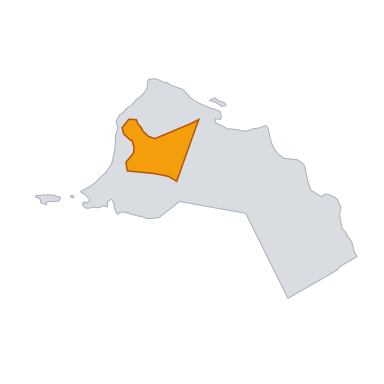 where Ad Dakhliyah sits in Oman, rotated 263°
{"feature_id": "OMN-2404", "entity_name": "Ad Dakhliyah", "entity_type": "Region", "adm_level": 1, "iso_a3": "OMN", "parent_name": "Oman", "parent_adm1": "", "projection": "mercator", "projection_center": [57.794, 22.3], "detail": "fine", "context": "in_parent", "style": "filled", "palette": "amber", "viewbox_px": 384, "rotation_deg": 263, "n_neighbors": 0, "source": "natural_earth", "source_scale": "10m", "svg_char_len": 3357}
<svg xmlns="http://www.w3.org/2000/svg" viewBox="0 0 384 384"><g transform="rotate(263 192 192)"><path d="M107.8,347.8L106.0,343.7L104.2,339.6L102.4,335.5L100.6,331.4L99.3,328.5L97.2,327.5L95.9,324.5L94.6,321.3L93.3,318.2L92.0,315.1L90.6,312.0L89.3,308.8L88.0,305.7L86.7,302.6L85.4,299.4L84.0,296.3L82.7,293.2L81.4,290.0L80.1,286.9L78.8,283.7L77.4,280.6L76.1,277.4L74.8,274.3L79.0,272.8L84.1,271.0L89.3,269.2L94.4,267.4L99.5,265.6L104.7,263.7L109.8,261.9L114.9,260.1L120.0,258.3L125.2,256.5L130.3,254.7L135.4,252.9L140.6,251.0L145.7,249.2L150.8,247.4L156.0,245.6L161.1,243.8L164.3,242.7L165.6,238.4L166.7,234.9L167.8,231.4L168.9,227.9L169.9,224.3L171.0,220.8L172.1,217.3L173.2,213.7L174.3,210.2L175.4,206.7L176.5,203.1L177.6,199.6L178.7,196.0L179.8,192.5L180.9,188.9L182.0,185.4L183.0,181.8L184.1,178.6L182.2,175.4L179.6,171.2L177.0,166.8L174.5,162.6L172.7,159.6L170.5,155.9L170.7,151.2L170.7,148.8L170.9,145.2L173.0,140.2L175.5,133.8L177.3,129.5L178.8,125.8L180.1,122.8L180.8,119.7L180.4,117.6L179.6,116.8L178.9,115.7L181.3,114.1L185.7,113.0L188.2,113.3L191.6,112.5L194.3,111.8L194.5,110.8L193.8,109.2L192.6,106.8L188.8,106.5L187.6,105.9L189.0,102.4L188.9,101.3L188.4,100.0L187.8,97.8L188.1,94.9L188.9,93.0L188.9,91.4L188.5,88.2L188.7,85.4L189.5,84.0L190.9,82.6L192.2,82.0L193.7,82.0L194.8,82.6L195.3,84.1L194.9,85.1L194.2,85.3L193.9,85.7L195.0,87.7L196.7,89.6L197.9,89.3L199.4,87.8L200.9,86.5L202.7,85.4L204.1,83.3L205.3,81.9L206.3,81.7L209.4,90.4L213.9,98.4L217.8,102.9L222.0,108.9L228.3,114.5L231.1,116.3L242.8,120.2L249.2,121.7L258.0,123.1L264.1,126.1L266.1,126.3L269.3,125.4L271.6,125.4L277.5,129.6L279.2,133.4L281.6,135.5L283.7,138.7L285.1,142.1L290.0,147.3L293.5,153.0L297.0,157.3L300.2,160.0L305.0,161.0L308.8,162.2L309.2,165.1L308.8,168.8L308.1,171.5L304.5,176.9L303.7,180.2L299.7,185.6L295.3,194.7L293.3,196.8L286.3,201.4L281.1,207.1L275.0,216.8L270.3,226.5L268.5,229.6L264.8,230.2L262.3,230.0L260.6,229.0L261.3,226.4L261.7,223.5L259.5,223.8L257.5,224.4L252.8,231.6L250.3,234.8L249.7,238.8L248.5,244.0L246.7,248.7L245.9,252.7L245.9,255.0L247.3,260.5L247.4,266.2L248.2,269.6L248.8,273.6L246.6,274.9L244.7,275.5L237.3,275.9L229.8,277.2L223.3,279.6L219.4,281.9L214.3,287.2L211.2,300.4L206.2,306.0L202.8,307.2L194.7,307.6L183.2,309.2L179.2,310.5L172.5,318.6L172.0,321.1L173.3,322.9L173.7,325.0L173.1,326.9L170.1,332.0L166.8,335.7L158.1,338.0L154.9,336.6L152.0,335.9L146.4,335.8L137.1,336.7L133.7,339.4L128.4,341.4L123.5,344.4L114.2,345.5L107.8,347.8ZM203.6,59.6L203.1,60.3L202.2,60.4L200.2,59.8L199.1,58.3L199.3,56.4L199.4,53.0L199.9,49.8L199.8,46.4L198.2,45.7L197.2,45.9L199.7,41.1L200.6,40.4L201.6,40.7L203.9,40.2L205.1,37.6L206.1,36.2L207.1,36.3L207.6,37.1L207.2,41.1L207.2,44.4L205.9,54.5L204.6,56.2L203.9,57.6L203.6,59.6ZM275.9,235.6L274.1,236.1L273.5,235.8L273.5,231.8L277.9,226.7L280.8,220.9L282.8,226.1L279.3,229.0L277.4,234.0L275.9,235.6ZM203.2,73.3L201.9,74.2L201.0,74.0L201.2,72.3L201.7,71.0L203.0,71.1L203.3,71.9L203.2,73.3Z" fill="#d9dde1" stroke="#a8b0b8" stroke-width="1"/><path d="M256.9,187.9L259.7,198.0L263.1,207.6L253.6,202.7L204.5,178.1L210.4,170.5L215.1,156.1L220.8,130.4L229.5,130.0L238.3,139.0L241.7,139.4L242.9,140.0L250.5,138.7L251.4,136.7L257.9,131.3L264.4,130.5L271.9,138.3L270.5,145.6L266.0,146.8L261.1,150.0L259.2,150.2L252.4,155.6L249.5,161.8L256.9,187.9Z" fill="#f59e0b" stroke="#b45309" stroke-width="1.5"/></g></svg>